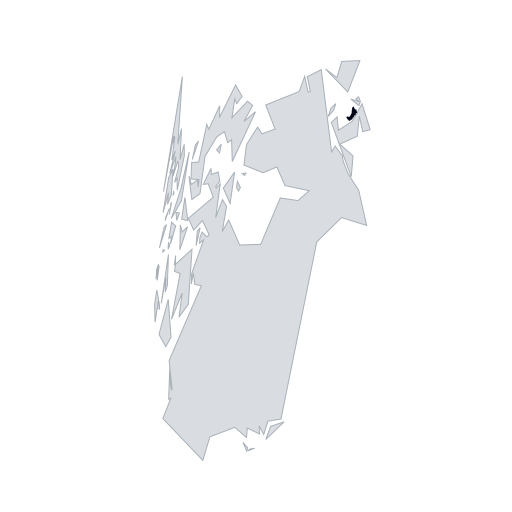 Canada, with Prince Edward Island highlighted, rotated 280°
{"feature_id": "CAN-687", "entity_name": "Prince Edward Island", "entity_type": "Province", "adm_level": 1, "iso_a3": "CAN", "parent_name": "Canada", "parent_adm1": "", "projection": "equal_earth", "projection_center": [-63.312, 46.509], "detail": "fine", "context": "in_parent", "style": "filled", "palette": "ink", "viewbox_px": 512, "rotation_deg": 280, "n_neighbors": 0, "source": "natural_earth", "source_scale": "10m", "svg_char_len": 6640}
<svg xmlns="http://www.w3.org/2000/svg" viewBox="0 0 512 512"><g transform="rotate(280 256 256)"><path d="M83.6,264.8L69.9,242.0L45.5,239.1L79.7,192.5L101.1,196.8L99.7,194.9L130.1,190.6L114.0,194.2L109.5,196.1L110.2,196.5L138.0,188.6L217.4,207.4L217.3,200.7L228.4,197.2L217.2,197.2L227.3,195.7L262.8,201.6L258.8,198.2L264.3,197.6L270.2,198.7L266.4,204.3L268.5,206.3L281.7,197.1L270.7,190.1L281.4,182.9L306.4,203.7L318.9,196.4L317.3,191.7L334.5,196.5L328.6,197.8L332.2,204.2L323.0,207.5L318.6,204.6L317.3,204.4L316.0,205.0L320.8,208.3L286.9,209.6L305.7,213.2L299.6,218.4L274.2,218.5L286.7,222.9L264.0,238.0L268.3,258.6L317.4,269.8L317.9,287.7L329.5,297.1L330.4,272.3L347.3,261.1L339.2,248.5L343.5,228.3L364.1,227.3L383.2,235.2L377.3,240.7L384.4,252.8L406.4,239.3L425.4,269.9L441.4,272.8L426.7,278.6L427.1,281.0L441.5,275.4L450.9,287.9L371.6,312.4L378.0,314.8L369.8,323.6L364.7,325.3L353.0,332.4L338.6,345.7L305.3,359.7L308.7,333.6L280.4,313.4L99.8,308.9L95.4,296.4L81.6,294.6L89.1,288.7L81.3,290.4L85.0,277.3L75.6,278.2L83.6,264.8ZM313.9,186.8L321.3,186.7L320.6,178.6L337.0,176.4L338.4,183.2L377.1,184.7L372.6,187.5L397.6,194.2L386.1,196.0L420.9,206.2L410.7,214.6L402.7,210.5L407.0,207.8L387.9,208.3L407.0,220.8L403.7,226.5L386.5,220.8L398.0,230.5L344.9,216.2L366.2,211.8L362.7,208.5L372.9,203.3L366.5,196.7L345.3,188.5L307.5,190.0L300.5,183.0L323.1,176.1L315.3,179.9L320.8,185.4L313.9,186.8ZM303.3,153.7L420.0,152.3L352.4,159.6L368.5,160.5L337.7,164.5L353.6,165.9L342.0,168.0L307.2,167.0L318.8,164.8L314.5,163.1L328.1,164.3L331.7,164.1L336.1,162.5L320.1,160.4L333.9,160.4L340.0,159.9L322.3,156.7L345.3,158.3L335.9,156.5L359.8,155.3L352.7,155.1L360.0,154.1L303.3,153.7ZM179.1,183.8L225.6,184.3L226.7,178.4L234.0,178.2L251.5,191.8L196.7,197.7L182.5,190.8L206.7,189.7L179.1,183.8ZM391.5,334.9L380.7,319.1L371.4,334.2L350.7,336.0L400.5,307.0L407.1,311.7L394.2,315.3L405.5,327.5L424.3,334.0L400.2,346.5L397.0,339.5L411.7,333.5L391.5,334.9ZM161.9,174.1L198.0,177.1L161.2,186.4L151.0,182.9L161.9,174.1ZM282.5,157.0L317.9,156.4L327.3,159.1L301.5,162.0L291.5,159.9L303.0,158.8L282.5,157.0ZM278.2,166.1L308.8,170.3L346.8,172.1L297.5,173.0L278.2,166.1ZM192.8,170.9L242.4,169.5L211.6,173.8L204.6,172.9L219.2,171.0L192.8,170.9ZM452.2,292.1L445.7,304.7L462.5,306.6L466.5,324.4L433.4,317.9L452.2,292.1ZM248.9,179.9L273.5,176.1L266.9,179.1L272.8,183.5L248.9,179.9ZM303.2,221.4L317.2,212.0L334.9,220.3L303.2,221.4ZM279.4,176.4L301.3,175.8L279.0,182.7L279.4,176.4ZM205.1,164.3L196.3,167.6L173.3,168.1L191.0,164.5L205.1,164.3ZM274.7,167.0L271.6,171.7L253.0,169.8L260.7,169.2L258.3,167.1L274.7,167.0ZM247.1,159.5L268.3,160.5L271.4,162.5L247.1,159.5ZM77.0,297.5L90.8,300.0L97.5,312.4L77.0,297.5ZM340.0,176.5L354.9,177.1L359.2,179.4L340.0,176.5ZM255.9,195.2L270.4,193.9L274.1,196.1L255.9,195.2ZM285.0,169.7L285.1,173.1L277.3,171.7L285.0,169.7ZM278.7,160.4L287.5,162.3L274.9,160.4L278.7,160.4ZM353.7,198.8L360.0,202.4L351.1,202.1L353.7,198.8ZM219.0,162.5L229.7,162.3L214.9,163.0L219.0,162.5ZM242.5,176.8L235.5,177.8L232.7,177.1L242.5,176.8ZM427.0,322.2L425.8,330.8L428.1,327.0L430.6,329.4L426.2,332.0L422.0,331.1L427.0,322.2ZM225.8,160.5L231.2,161.5L215.7,161.6L225.8,160.5ZM419.9,308.1L413.4,307.2L405.9,302.9L414.4,304.1L419.9,308.1ZM326.2,224.7L320.8,228.7L316.9,227.5L319.8,225.0L326.2,224.7ZM62.2,280.8L70.2,275.5L65.8,281.0L62.2,280.8ZM281.7,163.5L292.5,163.1L294.2,163.5L281.7,163.5ZM254.4,167.5L251.2,169.3L247.4,168.2L254.4,167.5ZM406.2,324.4L410.1,325.3L418.9,326.2L414.7,329.3L406.2,324.4ZM334.8,228.0L335.9,231.7L333.3,230.8L334.8,228.0ZM194.8,168.2L188.4,170.1L186.3,169.8L194.8,168.2ZM305.8,163.6L302.3,164.4L301.8,163.8L305.8,163.6ZM246.1,163.5L245.8,164.9L243.2,163.3L246.1,163.5ZM62.7,281.8L64.8,283.5L66.5,288.1L62.7,281.8Z" fill="#d9dde1" stroke="#a8b0b8" stroke-width="1"/><path d="M419.0,325.9L419.1,326.0L418.8,326.3L418.1,326.7L417.9,326.7L417.7,326.7L417.5,326.8L417.4,326.7L417.2,326.6L417.2,326.9L417.2,327.0L416.9,327.0L417.1,327.2L416.9,327.3L416.5,327.2L416.4,327.2L416.6,327.3L416.8,327.4L416.8,327.6L416.7,327.6L416.3,327.6L416.1,327.5L415.9,327.5L416.1,327.6L416.3,327.7L416.4,327.9L416.2,327.8L416.0,327.7L415.8,327.7L415.9,327.8L416.0,327.8L415.9,327.8L416.1,327.9L416.2,328.0L416.4,328.3L416.5,328.3L416.5,328.2L416.4,328.1L416.5,328.2L416.6,328.4L416.6,328.6L416.4,328.7L416.2,328.7L416.1,328.8L416.3,329.0L416.5,328.9L416.4,329.2L416.1,329.3L415.4,329.4L415.2,329.3L415.0,329.5L415.0,329.4L414.9,329.4L414.6,329.3L414.3,329.1L414.2,328.9L414.1,328.7L414.3,328.8L414.2,328.6L413.7,328.7L413.8,328.6L414.0,328.5L414.1,328.4L414.3,328.2L414.2,328.0L413.9,328.1L414.1,327.9L413.8,327.7L413.7,327.8L413.8,327.8L413.7,327.9L413.4,327.8L413.1,327.7L413.3,327.4L413.5,327.3L413.5,327.2L413.8,327.0L413.9,326.9L413.6,327.0L413.3,327.2L413.2,327.2L413.0,327.4L413.0,327.5L412.9,327.5L412.8,327.3L412.6,327.2L412.8,327.5L412.6,327.6L412.4,327.7L412.2,327.7L412.2,327.8L412.5,327.8L412.8,327.6L412.9,327.8L412.7,327.9L412.6,328.0L412.4,328.1L412.2,328.1L411.9,328.0L411.7,327.9L411.4,327.8L411.2,327.7L410.9,327.7L410.7,327.6L410.3,327.6L410.1,327.4L409.9,327.2L409.5,326.9L409.4,326.8L409.4,326.7L409.5,326.8L409.4,326.5L409.7,326.7L409.9,326.7L409.6,326.5L409.7,326.4L409.8,326.4L409.6,326.4L409.2,326.4L408.9,326.3L408.7,326.2L408.6,326.3L408.4,326.4L407.9,326.3L407.7,326.3L407.6,326.2L407.8,325.9L407.7,325.6L407.8,325.4L408.0,325.3L408.0,325.2L407.9,325.2L408.0,325.2L407.9,325.0L407.9,324.9L408.0,324.8L408.0,324.7L407.7,325.0L407.5,324.9L407.4,324.9L407.2,324.8L407.1,324.7L406.6,324.7L406.4,324.8L406.2,324.7L406.1,324.4L406.2,324.1L406.4,323.9L406.6,323.7L406.8,323.6L406.9,323.4L407.0,323.3L407.0,323.2L407.1,322.9L407.5,322.5L408.1,322.1L408.4,321.8L408.5,321.9L408.5,322.0L408.4,322.2L408.4,322.4L408.4,322.7L408.5,322.9L408.5,323.0L408.2,323.3L408.2,323.5L407.9,323.5L407.9,323.8L408.0,323.9L408.1,324.0L408.3,324.0L408.4,323.9L408.5,324.0L408.6,324.3L408.8,324.4L408.9,324.6L409.0,324.6L409.0,324.8L408.9,324.9L408.9,325.0L409.0,325.0L409.1,324.9L409.2,325.0L409.0,325.5L408.9,325.6L408.7,325.7L408.7,325.8L408.8,325.7L409.1,325.6L409.3,325.5L409.3,325.8L409.2,325.8L409.3,325.9L409.4,326.0L409.8,326.1L410.0,326.0L409.9,325.8L409.8,325.7L409.9,325.3L410.1,325.2L410.3,325.2L410.8,325.4L410.9,325.5L411.0,325.5L411.3,325.9L411.4,325.7L411.2,325.6L411.4,325.6L411.6,325.6L411.8,325.6L412.0,325.8L412.1,326.0L412.3,326.2L412.4,326.3L412.5,326.3L412.5,326.2L413.3,326.2L413.9,326.2L414.5,326.1L414.6,326.3L414.7,326.2L414.9,326.0L415.9,326.2L415.4,326.0L415.4,325.9L415.8,325.9L416.0,325.9L416.3,325.8L417.1,325.8L417.6,325.9L418.0,325.8L418.5,325.8L419.0,325.9Z" fill="#0f172a" stroke="#020617" stroke-width="1.5"/></g></svg>